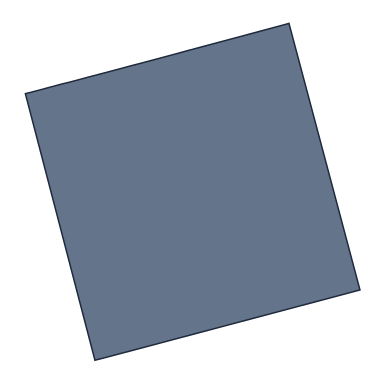 Decatur, Kansas, United States of America, rotated 345°
{"feature_id": "52423323B97064172346270", "entity_name": "Decatur", "entity_type": "district", "adm_level": 2, "iso_a3": "USA", "parent_name": "United States of America", "parent_adm1": "Kansas", "projection": "orthographic", "projection_center": [-100.471, 39.785], "detail": "fine", "context": "isolated", "style": "filled", "palette": "slate", "viewbox_px": 384, "rotation_deg": 345, "n_neighbors": 0, "source": "geoboundaries", "source_scale": "gbopen_adm2", "svg_char_len": 507}
<svg xmlns="http://www.w3.org/2000/svg" viewBox="0 0 384 384"><g transform="rotate(345 192 192)"><path d="M64.8,329.5L328.9,330.1L329.3,54.2L324.2,54.3L323.2,54.3L321.6,54.3L320.0,54.3L311.0,54.3L304.2,54.3L303.1,54.3L226.1,54.3L202.3,54.4L198.4,54.4L187.8,54.4L184.4,54.4L183.8,54.4L178.9,54.4L167.3,54.3L147.4,54.3L140.0,54.3L126.6,54.2L123.6,54.2L101.9,54.2L94.7,54.0L83.5,54.0L65.1,54.0L60.9,54.0L59.2,53.9L56.5,53.9L54.7,329.4L64.8,329.5Z" fill="#64748b" stroke="#1e293b" stroke-width="1.5"/></g></svg>